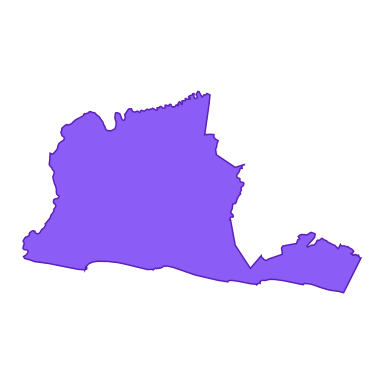 outline of Villa de Tututepec de Melchor Ocampo, Oaxaca, Mexico
{"feature_id": "50627088B81743896776092", "entity_name": "Villa de Tututepec de Melchor Ocampo", "entity_type": "district", "adm_level": 2, "iso_a3": "MEX", "parent_name": "Mexico", "parent_adm1": "Oaxaca", "projection": "orthographic", "projection_center": [-97.497, 16.098], "detail": "fine", "context": "isolated", "style": "filled", "palette": "violet", "viewbox_px": 384, "rotation_deg": 0, "n_neighbors": 0, "source": "geoboundaries", "source_scale": "gbopen_adm2", "svg_char_len": 5930}
<svg xmlns="http://www.w3.org/2000/svg" viewBox="0 0 384 384"><path d="M244.1,164.6L235.2,167.4L216.4,154.8L215.6,149.3L216.6,146.9L217.0,143.7L218.2,140.7L215.4,139.1L214.4,137.8L213.7,136.6L214.0,134.9L213.8,134.5L209.2,134.3L207.0,134.7L206.4,134.4L205.5,134.3L204.7,134.7L209.0,104.5L210.0,94.9L206.9,93.5L205.6,94.9L205.3,95.0L204.4,94.8L203.7,95.0L203.0,96.3L201.9,96.9L201.1,95.3L200.6,94.8L199.2,91.8L198.0,91.3L197.7,91.5L197.5,92.4L196.5,93.5L196.1,94.4L196.1,94.9L196.7,95.0L197.1,96.4L197.0,97.8L195.4,98.6L194.9,98.6L194.6,98.3L193.9,96.4L193.9,95.0L194.3,94.0L193.6,93.5L193.2,93.6L192.7,93.8L192.8,94.5L192.5,94.9L189.8,95.7L188.7,96.6L188.5,97.1L188.9,97.7L189.6,97.6L190.1,98.1L190.1,99.1L188.4,99.3L187.9,99.1L187.2,99.2L185.9,98.5L185.4,98.5L185.1,99.0L185.4,99.6L185.4,100.5L184.8,100.8L182.4,100.7L181.9,101.1L182.3,102.9L182.2,104.1L182.1,104.3L181.7,104.4L181.1,104.1L180.7,102.8L179.7,101.7L178.8,102.2L178.3,103.3L178.2,103.9L177.8,104.1L177.8,104.5L178.4,104.9L178.3,105.6L177.7,105.6L176.2,104.9L175.3,106.4L174.8,106.7L173.8,106.6L172.8,107.1L171.6,106.4L171.0,104.6L170.4,104.3L169.9,104.3L169.1,104.9L168.4,106.0L167.6,105.9L166.9,105.3L165.9,105.1L165.1,105.3L165.0,108.0L164.4,108.2L162.9,108.0L161.3,106.7L160.4,106.4L159.6,106.9L159.4,107.5L158.9,107.8L158.3,107.6L157.0,107.9L157.4,109.9L157.1,110.0L155.6,110.1L153.6,108.6L152.4,108.3L151.8,108.9L149.5,109.4L149.0,109.8L148.3,109.8L147.1,109.2L146.7,109.3L144.9,110.8L143.5,111.0L141.5,110.3L140.5,110.8L140.2,112.0L139.7,112.3L138.7,112.1L138.4,111.6L137.4,111.1L135.1,112.1L133.4,111.8L132.9,111.6L132.2,110.8L131.6,108.9L129.3,108.7L127.8,110.0L126.0,112.8L124.7,114.6L125.2,117.3L125.0,118.4L124.9,119.2L124.5,119.8L123.7,120.3L122.6,120.0L122.2,119.6L119.9,113.9L118.5,113.1L116.9,112.7L115.8,112.8L115.3,113.6L114.9,117.8L115.3,119.7L116.0,121.3L116.1,122.4L116.0,125.9L115.3,127.5L115.3,128.3L113.9,129.5L111.0,130.7L108.1,130.7L106.6,130.2L105.5,128.6L104.9,126.6L103.7,124.6L102.7,121.7L101.5,120.3L99.3,116.9L96.8,115.0L94.7,112.8L93.2,112.6L90.3,111.6L89.3,111.8L88.4,112.8L85.4,113.9L84.5,113.7L83.8,114.3L83.7,115.2L82.8,116.1L75.6,119.8L73.0,122.1L71.5,123.8L70.7,124.0L68.8,124.9L67.5,125.1L67.3,124.6L66.2,124.6L62.8,127.3L61.9,128.3L61.7,130.4L60.9,132.3L62.1,135.8L63.5,136.7L64.2,137.5L64.1,139.5L63.5,140.2L60.7,142.0L59.1,143.4L58.4,144.7L57.8,146.4L57.5,148.5L56.0,150.7L53.1,153.8L52.3,154.1L50.1,153.2L49.8,159.5L49.2,164.6L50.4,166.4L51.7,167.6L52.3,169.3L53.9,171.2L54.4,172.1L53.8,174.4L52.9,176.7L53.2,178.9L54.4,183.5L55.8,186.7L56.4,189.5L56.3,191.6L56.6,193.6L57.0,194.5L57.9,195.3L59.0,195.9L58.9,196.7L58.8,197.1L57.7,198.2L56.6,198.7L54.8,199.0L53.8,199.7L53.4,201.8L53.5,202.6L53.8,203.2L54.8,203.9L55.6,204.9L55.9,205.9L55.2,207.5L53.9,209.1L53.8,211.4L51.0,215.3L50.0,218.2L47.0,221.7L46.4,222.7L45.2,223.7L45.5,225.2L45.3,225.9L44.5,227.1L43.6,228.3L42.3,229.0L41.1,230.4L40.8,231.2L40.0,232.4L39.3,233.2L38.3,233.5L37.0,233.8L36.1,233.4L35.1,232.2L35.0,231.3L33.2,230.7L31.9,231.1L30.1,232.4L29.4,233.3L29.1,234.0L29.4,234.9L29.3,235.5L28.1,236.0L26.9,237.0L26.2,236.9L25.5,237.2L25.4,237.7L25.0,237.8L24.2,239.0L23.3,240.6L23.2,241.2L23.4,241.8L23.9,242.2L24.2,243.7L23.1,247.1L23.0,248.3L23.8,249.4L24.8,249.8L26.7,249.8L27.6,250.5L28.0,251.2L27.9,252.6L26.8,254.1L25.7,255.2L23.5,256.6L24.7,258.5L30.3,260.0L34.6,261.6L48.8,263.5L73.3,268.4L79.0,269.4L84.6,269.8L84.7,270.1L84.8,269.7L86.5,269.2L86.6,268.8L87.3,268.3L86.5,268.5L85.4,267.9L85.3,267.5L85.5,267.1L86.1,267.2L87.3,267.7L86.3,267.1L86.4,266.4L87.8,264.7L88.8,263.8L90.6,262.9L93.5,261.8L97.9,261.3L107.5,261.4L118.2,262.6L126.0,264.3L147.8,269.6L151.5,269.3L153.1,269.9L153.8,269.4L154.1,268.9L154.8,268.5L156.1,268.4L156.6,268.7L157.4,268.2L158.6,268.4L159.5,268.1L160.3,268.1L161.0,267.7L161.8,267.6L162.4,267.2L162.5,266.8L163.5,266.3L163.5,266.5L163.6,266.3L164.0,266.1L167.5,266.1L173.0,267.3L195.2,275.0L218.4,280.4L226.6,281.6L227.2,281.9L227.9,281.8L228.6,280.7L230.7,280.4L232.6,280.5L237.9,281.2L250.4,283.7L256.5,284.3L256.6,284.8L257.4,284.3L257.6,283.7L258.5,283.3L259.8,282.9L260.1,283.3L260.3,282.9L260.0,282.2L260.0,281.5L261.5,280.5L262.7,280.3L264.8,280.5L270.0,279.3L275.1,279.5L283.8,280.7L298.7,283.8L300.4,284.4L300.8,284.2L302.8,284.4L302.8,284.7L303.2,284.7L303.5,284.5L303.8,283.7L305.0,283.5L309.1,283.8L312.4,284.6L322.2,288.0L327.7,289.6L330.8,290.3L338.3,291.3L343.6,292.7L361.0,258.0L360.0,257.8L359.5,257.4L358.8,256.2L358.6,255.2L358.2,255.0L357.3,255.8L356.4,254.9L355.5,254.5L354.8,255.2L353.9,254.6L353.1,255.3L352.7,255.2L352.1,254.4L351.0,253.7L352.6,253.0L353.6,251.5L353.6,251.1L352.4,249.6L348.4,247.2L348.0,246.8L345.2,246.3L344.1,245.9L342.3,246.1L340.6,245.1L340.4,244.6L338.5,248.3L338.1,248.7L337.7,248.7L337.4,247.9L334.5,245.1L333.1,244.8L328.9,242.6L327.6,241.9L326.3,240.6L324.0,239.8L322.8,238.7L321.9,238.3L319.7,240.0L319.2,240.3L317.3,240.3L317.0,240.6L316.8,241.4L315.9,243.1L314.0,245.2L313.2,245.0L311.4,245.2L308.4,246.9L307.3,246.8L306.9,246.1L314.5,237.6L315.2,234.1L314.0,233.4L311.2,232.4L310.4,232.6L308.7,233.9L306.4,235.2L305.1,234.7L301.7,234.5L299.8,235.1L298.2,236.5L299.6,238.7L297.7,240.0L296.5,243.5L282.8,246.0L281.5,248.0L282.4,254.3L268.6,259.0L266.3,260.5L264.5,259.9L264.0,259.6L263.4,258.6L261.8,257.7L261.3,255.6L250.4,268.4L235.2,245.2L230.5,219.7L229.6,219.9L229.9,218.6L230.5,217.4L231.1,217.1L232.6,217.2L233.3,216.5L232.9,214.8L230.7,212.9L231.0,212.3L230.9,211.4L232.2,208.8L232.7,204.4L233.2,204.0L235.4,203.4L236.1,202.5L237.0,199.4L238.4,196.6L238.6,196.0L240.6,193.9L240.1,192.5L241.3,190.2L241.1,189.1L241.2,187.4L242.8,186.1L243.6,185.0L243.9,183.3L242.8,182.3L241.0,182.1L240.4,181.7L239.9,180.8L239.9,179.0L239.7,178.5L236.9,177.5L236.8,175.1L236.9,174.7L238.0,173.5L238.9,172.2L239.8,170.2L239.8,169.2L240.9,168.2L242.2,168.4L241.8,166.2L243.0,165.3L243.2,164.9L244.0,164.9L244.1,164.6Z" fill="#8b5cf6" stroke="#5b21b6" stroke-width="1.5"/></svg>